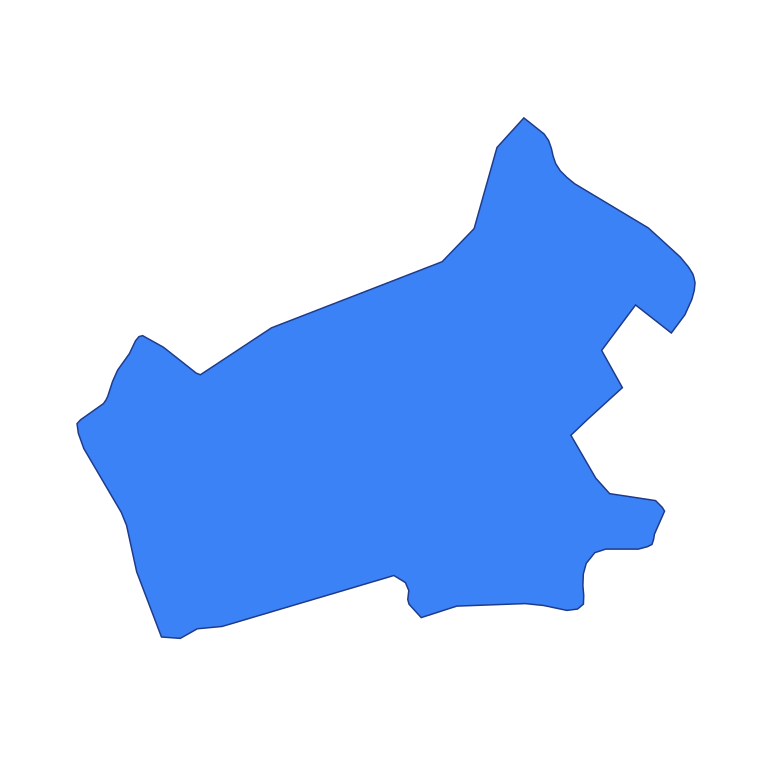 an SVG outline of Grad Zagreb, rotated 189°
{"feature_id": "HRV-1589", "entity_name": "Grad Zagreb", "entity_type": "City", "adm_level": 1, "iso_a3": "HRV", "parent_name": "Croatia", "parent_adm1": "", "projection": "natural_earth1", "projection_center": [15.947, 45.796], "detail": "fine", "context": "isolated", "style": "filled", "palette": "blue", "viewbox_px": 768, "rotation_deg": 189, "n_neighbors": 0, "source": "natural_earth", "source_scale": "10m", "svg_char_len": 1129}
<svg xmlns="http://www.w3.org/2000/svg" viewBox="0 0 768 768"><g transform="rotate(189 384 384)"><path d="M344.3,196.4L506.0,119.2L530.2,113.0L545.4,100.9L564.2,99.3L598.9,159.8L616.2,204.2L623.4,216.1L670.4,273.3L678.2,287.5L681.0,296.8L678.1,301.2L658.1,320.7L656.1,324.7L654.9,328.7L652.5,344.0L649.5,355.2L648.7,357.2L640.2,374.2L636.2,387.8L633.4,392.5L630.0,394.0L607.6,385.8L571.2,365.4L566.8,364.4L503.9,421.9L345.7,513.9L319.3,551.6L309.4,635.3L287.5,668.7L264.9,655.9L259.5,650.2L255.5,642.8L252.6,635.5L248.9,628.5L243.2,622.1L235.6,616.6L227.0,611.6L147.2,579.4L111.2,555.7L101.6,547.2L96.2,541.0L94.8,538.2L92.6,532.6L92.2,525.0L93.2,515.7L97.6,499.5L108.2,479.3L147.9,501.4L174.3,451.2L148.0,417.7L177.2,381.2L191.4,362.6L160.1,324.1L144.0,311.0L97.5,311.3L89.9,305.7L87.0,302.3L93.4,278.0L93.4,272.7L94.2,267.5L98.2,264.6L107.0,260.7L139.2,255.6L149.4,250.4L156.2,238.5L157.4,227.5L156.0,216.0L153.6,206.2L152.6,197.8L157.6,192.0L168.0,189.0L191.6,190.2L210.2,189.2L277.4,176.0L310.7,159.1L324.8,170.4L326.8,174.8L327.2,183.9L331.8,191.2L344.3,196.4Z" fill="#3b82f6" stroke="#1e3a8a" stroke-width="1.5"/></g></svg>